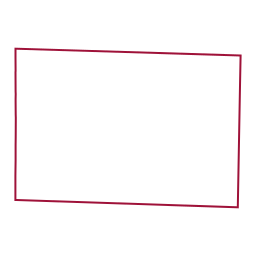 outline of Barton, Missouri, United States of America
{"feature_id": "52423323B74100331432363", "entity_name": "Barton", "entity_type": "district", "adm_level": 2, "iso_a3": "USA", "parent_name": "United States of America", "parent_adm1": "Missouri", "projection": "albers", "projection_center": [-94.543, 37.501], "detail": "fine", "context": "isolated", "style": "outline", "palette": "rose", "viewbox_px": 256, "rotation_deg": 0, "n_neighbors": 0, "source": "geoboundaries", "source_scale": "gbopen_adm2", "svg_char_len": 428}
<svg xmlns="http://www.w3.org/2000/svg" viewBox="0 0 256 256"><path d="M240.0,85.9L240.6,55.5L15.5,48.7L15.5,57.3L15.6,71.2L15.5,71.7L15.6,91.4L15.6,91.6L15.7,94.0L15.6,99.0L15.6,101.0L15.7,114.4L15.8,117.7L15.7,137.5L15.6,144.8L15.6,147.2L15.6,149.6L15.6,152.6L15.6,160.4L15.5,167.9L15.4,175.5L15.4,183.1L15.4,198.2L15.4,198.3L15.4,199.9L15.4,200.0L237.8,207.3L240.0,85.9Z" fill="none" stroke="#9f1239" stroke-width="2"/></svg>